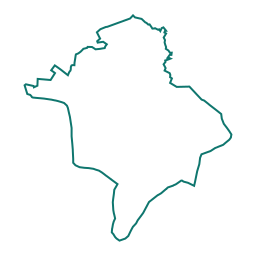 outline of Sunuapa, Chiapas, Mexico
{"feature_id": "50627088B5498288476190", "entity_name": "Sunuapa", "entity_type": "district", "adm_level": 2, "iso_a3": "MEX", "parent_name": "Mexico", "parent_adm1": "Chiapas", "projection": "orthographic", "projection_center": [-93.257, 17.483], "detail": "fine", "context": "isolated", "style": "outline", "palette": "teal", "viewbox_px": 256, "rotation_deg": 0, "n_neighbors": 0, "source": "geoboundaries", "source_scale": "gbopen_adm2", "svg_char_len": 2838}
<svg xmlns="http://www.w3.org/2000/svg" viewBox="0 0 256 256"><path d="M128.3,236.0L130.4,231.6L132.1,228.3L133.0,226.7L133.7,226.0L136.1,223.4L137.7,220.3L141.3,215.5L143.2,212.9L149.0,202.0L157.8,195.1L158.0,195.1L160.9,193.4L161.2,193.2L166.1,189.0L166.3,189.0L166.5,188.8L167.6,187.6L168.0,187.4L173.2,185.6L173.4,185.4L174.0,185.1L175.7,184.4L177.2,183.4L181.2,180.6L182.1,180.6L183.5,181.6L188.0,182.8L194.1,185.8L195.0,182.0L197.2,171.2L199.3,164.2L200.1,157.8L201.5,154.3L210.6,151.0L215.2,148.0L223.2,144.8L225.4,142.9L229.3,139.7L230.9,137.5L231.0,136.6L231.4,134.5L229.3,131.2L228.8,130.5L227.1,128.1L223.8,123.8L222.8,121.2L221.8,118.7L221.2,114.0L217.4,111.0L215.1,109.2L209.4,104.8L208.5,104.0L204.1,100.5L203.5,100.3L201.6,99.6L198.4,96.2L196.6,94.3L189.4,86.6L176.7,86.9L170.1,82.9L171.9,78.4L170.1,77.2L170.3,74.9L169.9,73.7L169.6,73.1L164.6,70.6L165.6,68.1L163.6,64.3L165.5,61.9L165.2,60.5L167.7,59.7L170.5,58.6L169.0,57.9L167.6,57.8L169.7,54.9L171.4,54.9L171.7,52.7L170.0,52.8L168.4,50.5L165.8,48.8L165.9,48.1L166.1,47.1L165.3,44.9L164.6,42.5L165.0,40.1L163.7,37.5L166.1,33.5L164.4,32.5L165.0,30.9L166.1,30.8L165.9,30.5L163.4,27.4L161.7,28.1L161.0,29.6L160.3,31.1L159.1,29.3L158.2,29.8L155.0,28.2L154.4,28.5L152.4,28.6L151.4,27.0L149.6,24.4L148.3,24.6L147.0,23.4L146.5,22.9L145.3,22.4L141.6,18.9L135.0,17.4L133.0,15.4L130.1,18.5L107.3,26.8L105.8,27.0L100.4,29.2L96.9,32.3L98.8,36.1L100.1,38.6L97.2,41.2L97.7,42.6L103.2,41.8L106.8,44.3L105.2,46.5L104.7,48.1L102.6,48.4L100.9,48.7L99.8,48.9L95.5,49.3L93.9,48.2L92.0,47.0L87.6,46.9L87.2,47.8L85.5,48.3L83.4,48.8L82.5,49.8L80.6,51.7L78.3,53.4L75.9,54.4L75.6,55.8L75.3,57.9L74.9,60.4L74.5,62.9L74.4,65.2L73.3,65.1L72.7,65.1L72.1,65.2L71.5,65.5L71.2,66.1L70.9,66.9L70.8,67.7L70.8,68.9L70.7,69.7L70.4,70.7L69.6,71.5L68.9,72.8L67.9,75.2L61.0,69.8L57.7,67.4L54.8,65.4L51.2,70.3L53.9,72.2L55.0,73.1L50.6,80.0L44.9,79.5L37.7,78.9L37.4,85.7L33.9,87.3L33.6,86.0L25.9,84.3L24.6,85.3L27.3,94.0L30.2,94.9L31.5,96.3L31.7,96.8L31.8,97.0L32.1,97.2L32.4,97.4L33.4,97.6L36.4,97.9L41.1,98.3L44.2,98.6L45.5,98.8L50.3,99.5L51.2,99.6L54.4,100.3L55.6,100.5L57.7,101.0L61.5,102.1L64.1,103.0L66.9,105.6L67.0,105.8L67.9,108.0L68.9,112.6L69.9,116.8L71.6,128.0L71.6,135.6L71.6,136.3L72.3,143.8L72.8,149.9L72.8,150.8L73.2,159.0L73.2,161.2L73.2,162.8L75.5,165.3L79.6,167.2L82.0,167.5L84.3,167.8L88.8,168.1L93.4,168.8L95.9,169.7L98.9,170.6L101.8,172.4L104.6,174.5L105.7,175.4L107.0,176.3L112.6,180.5L114.8,182.1L117.5,184.1L116.4,186.1L114.3,189.7L113.9,193.7L113.2,198.8L112.9,201.4L112.8,202.1L113.3,210.1L113.9,213.5L114.2,214.5L114.8,217.1L115.1,218.5L114.7,219.4L113.7,221.6L113.0,224.1L112.9,224.5L112.3,228.0L112.1,228.7L111.9,231.0L111.8,232.4L113.4,234.2L115.1,237.0L116.5,238.5L119.5,240.6L125.2,238.6L125.4,238.5L126.2,237.8L128.3,236.0Z" fill="none" stroke="#0f766e" stroke-width="2"/></svg>